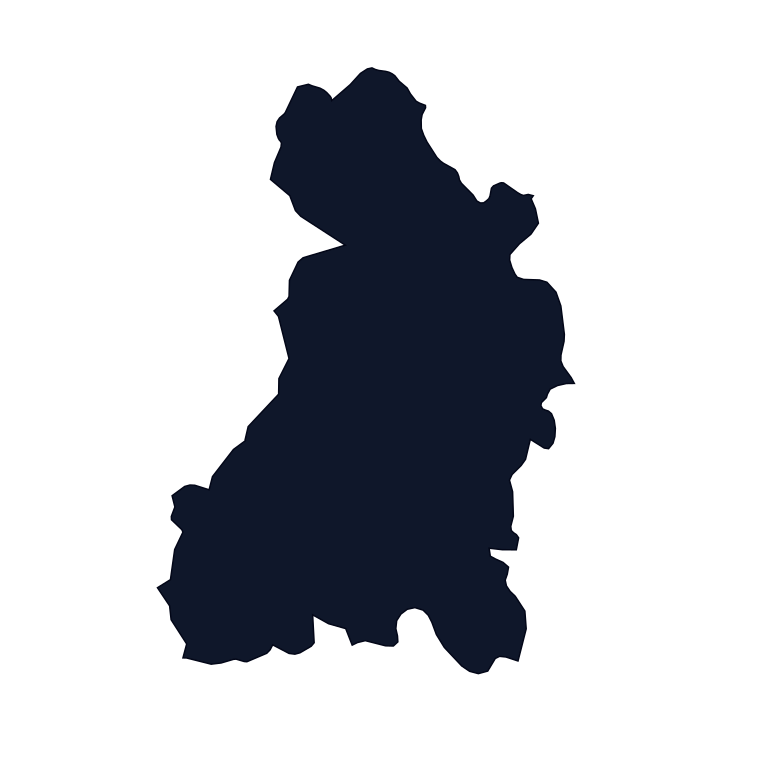 an SVG outline of Orense, rotated 281°
{"feature_id": "ESP-5838", "entity_name": "Orense", "entity_type": "Autonomous Community", "adm_level": 1, "iso_a3": "ESP", "parent_name": "Spain", "parent_adm1": "", "projection": "natural_earth1", "projection_center": [-7.513, 42.192], "detail": "fine", "context": "isolated", "style": "filled", "palette": "ink", "viewbox_px": 768, "rotation_deg": 281, "n_neighbors": 0, "source": "natural_earth", "source_scale": "10m", "svg_char_len": 2765}
<svg xmlns="http://www.w3.org/2000/svg" viewBox="0 0 768 768"><g transform="rotate(281 384 384)"><path d="M133.5,446.8L128.6,443.2L127.3,435.4L128.5,414.6L125.1,407.2L121.6,402.6L136.6,393.1L138.1,375.4L143.8,358.0L116.7,364.8L112.7,362.6L104.1,352.8L101.8,348.1L101.4,342.2L106.7,324.5L101.3,322.9L97.3,320.3L85.2,302.4L84.9,299.7L85.7,291.3L85.0,288.8L79.1,277.4L76.0,267.8L77.4,242.3L76.8,238.9L91.2,239.9L112.0,220.0L125.3,215.9L140.8,200.5L151.2,211.7L181.6,210.1L200.2,214.9L202.5,213.3L210.2,201.3L213.4,200.5L223.4,202.2L233.9,197.3L245.4,207.9L247.8,212.8L248.5,217.6L246.8,232.5L260.4,233.3L291.0,248.7L302.0,258.8L302.6,258.3L316.3,258.8L353.9,282.5L369.3,279.8L390.9,285.9L430.2,267.5L434.8,262.1L448.8,273.2L451.8,274.1L467.8,271.4L487.3,276.4L492.5,280.5L512.9,319.5L532.7,270.4L537.3,264.0L550.9,255.6L563.2,233.5L580.4,234.2L596.9,237.7L601.1,237.3L602.6,236.0L603.3,234.9L605.0,233.4L608.6,231.2L616.2,228.9L621.1,229.0L625.2,230.7L629.9,234.4L631.6,235.3L659.1,242.4L663.8,252.6L663.0,256.4L662.2,264.7L660.9,268.9L659.2,272.1L656.3,276.1L655.0,277.4L652.2,278.6L671.4,293.7L684.4,301.6L690.1,307.5L692.0,311.9L691.1,315.5L690.8,319.1L691.2,326.0L691.0,329.4L690.1,332.7L688.7,335.8L684.1,341.1L679.0,350.2L673.8,354.6L667.7,361.6L666.5,365.3L665.4,371.5L663.1,372.1L655.8,370.0L650.3,370.1L641.9,371.9L635.8,375.5L629.7,380.1L616.5,392.7L613.6,396.9L612.0,400.3L607.9,412.9L605.2,415.8L602.0,417.8L598.8,419.1L595.8,421.7L586.5,435.4L581.4,440.2L580.1,444.0L580.8,447.2L583.3,449.6L586.0,451.6L588.9,452.2L596.7,452.1L599.4,453.7L603.4,459.5L604.0,460.9L604.2,463.1L597.4,478.4L596.1,482.1L595.7,484.9L597.6,489.4L597.3,494.6L593.9,493.1L584.9,499.2L571.3,504.9L559.2,499.7L547.5,490.2L535.1,482.9L529.6,483.7L522.8,487.3L517.0,491.5L514.2,494.4L513.3,501.1L515.8,516.8L515.0,524.5L510.6,530.4L507.0,535.3L494.4,542.7L467.1,551.6L460.2,552.6L446.2,552.2L440.4,553.2L435.3,556.5L426.0,566.5L420.9,570.7L419.3,563.0L415.6,554.6L410.7,548.1L405.3,546.4L401.6,546.0L395.8,542.1L392.8,542.1L389.9,544.4L389.2,547.3L388.8,550.6L386.8,554.1L380.9,558.0L373.1,560.7L364.9,561.8L358.1,561.2L351.9,557.9L351.7,553.4L357.6,538.2L337.0,537.3L330.2,534.2L319.6,527.0L313.6,525.5L302.8,530.8L278.9,536.2L268.5,535.6L264.5,536.9L262.7,539.6L261.4,542.7L258.7,545.5L246.5,545.5L243.9,531.6L242.9,518.5L235.3,521.2L233.5,526.8L231.6,534.9L228.0,541.2L220.8,541.3L214.6,540.4L209.2,542.7L204.5,547.4L200.7,553.3L188.0,565.6L187.3,565.8L170.8,570.3L137.7,568.4L137.8,567.4L139.3,555.8L138.7,549.4L135.8,545.6L122.0,540.6L117.7,531.9L118.3,522.9L122.0,514.2L136.9,493.5L148.1,483.2L159.3,476.4L165.4,471.6L169.5,465.5L170.4,457.0L167.3,449.8L161.4,444.5L154.1,441.6L146.1,442.3L139.3,445.3L133.5,446.8Z" fill="#0f172a" stroke="#020617" stroke-width="1.5"/></g></svg>